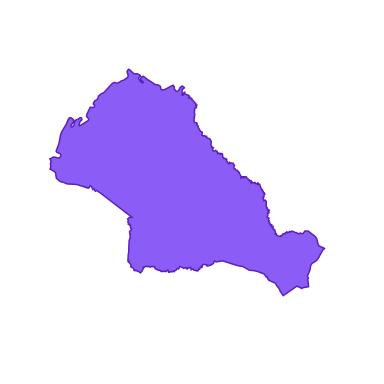 Phra Yuen, Khon Kaen, Thailand, rotated 202°
{"feature_id": "78962969B90027256555500", "entity_name": "Phra Yuen", "entity_type": "district", "adm_level": 2, "iso_a3": "THA", "parent_name": "Thailand", "parent_adm1": "Khon Kaen", "projection": "natural_earth1", "projection_center": [102.644, 16.31], "detail": "fine", "context": "isolated", "style": "filled", "palette": "violet", "viewbox_px": 384, "rotation_deg": 202, "n_neighbors": 0, "source": "geoboundaries", "source_scale": "gbopen_adm2", "svg_char_len": 6100}
<svg xmlns="http://www.w3.org/2000/svg" viewBox="0 0 384 384"><g transform="rotate(202 192 192)"><path d="M48.4,147.9L52.0,154.5L51.8,155.7L53.5,157.2L53.4,163.9L54.4,168.2L54.0,170.7L51.1,174.6L50.7,175.7L50.1,178.0L49.0,187.2L47.9,189.1L48.3,189.4L54.1,189.6L55.8,191.2L58.7,195.2L61.0,196.9L69.6,199.3L72.7,198.1L73.4,195.4L74.2,194.5L76.4,194.5L76.8,193.4L77.4,193.1L80.1,193.5L81.4,193.0L82.8,193.3L84.9,193.1L85.7,191.7L86.6,192.1L87.8,190.2L89.1,190.6L89.4,189.8L90.1,189.2L89.7,188.6L90.0,188.1L91.8,187.5L92.4,186.2L92.3,185.1L93.0,184.8L93.4,184.0L93.6,184.2L93.9,183.8L96.4,183.4L97.3,183.8L98.0,184.7L99.0,184.1L99.1,185.2L101.1,187.9L102.6,187.9L103.0,189.0L103.5,188.7L104.1,189.2L104.1,190.1L104.7,189.5L105.8,190.2L105.4,190.9L105.5,191.3L106.4,191.5L107.1,191.0L107.1,191.4L108.1,191.8L108.1,192.3L108.7,192.5L108.8,193.0L109.7,193.1L109.8,194.4L110.4,194.4L111.0,195.8L110.8,196.5L113.1,196.9L112.9,198.7L113.9,200.4L113.4,200.5L112.9,201.4L113.4,201.3L114.2,202.7L113.4,203.2L113.4,203.7L114.1,203.5L114.3,204.2L114.7,203.9L115.9,204.8L116.5,204.8L116.5,205.7L118.1,206.6L118.4,207.1L118.2,207.7L119.6,211.1L120.9,211.8L122.2,210.9L122.7,212.1L123.3,212.2L124.1,213.2L123.4,214.3L124.0,215.3L123.7,217.5L124.7,218.3L125.1,217.9L125.5,218.1L125.5,218.5L126.2,218.8L126.3,219.4L127.5,219.7L127.7,220.6L128.9,220.6L132.0,224.4L132.5,224.1L133.0,224.5L133.1,223.8L133.8,223.5L134.3,223.9L134.2,224.5L134.5,224.9L135.0,223.9L135.5,223.7L136.7,223.6L137.0,224.4L137.4,224.4L138.9,223.3L139.8,223.6L139.8,223.1L140.5,222.3L141.4,224.6L143.0,223.8L143.3,224.7L146.7,225.6L147.2,226.4L149.3,225.7L149.0,224.9L149.5,224.5L150.1,225.4L151.2,225.0L151.0,224.4L151.9,223.4L152.2,224.6L154.0,226.3L155.0,226.9L155.4,227.8L156.1,227.7L156.7,228.4L157.4,228.3L158.0,229.1L159.7,228.8L160.9,229.7L161.9,229.6L162.8,231.4L162.4,232.3L164.8,234.1L167.2,233.5L167.5,232.9L168.2,233.3L168.1,232.2L169.0,232.1L169.7,232.4L170.0,233.0L171.6,233.4L171.7,234.8L172.7,235.5L173.3,235.1L174.3,235.6L174.8,234.9L175.6,235.5L176.3,235.5L178.1,238.8L179.6,238.7L179.7,237.7L181.7,238.2L182.5,237.1L183.9,239.1L185.7,239.4L186.4,238.3L188.1,238.2L189.1,239.6L188.7,241.0L190.1,241.3L190.6,240.9L191.3,242.3L192.2,242.9L193.1,246.2L195.1,247.8L196.1,248.0L198.1,247.6L199.3,249.1L200.5,248.5L201.3,249.1L201.9,248.5L204.0,248.2L204.6,250.6L205.3,251.5L206.8,251.4L210.1,254.0L210.9,255.4L212.7,255.9L212.6,256.8L213.1,257.6L213.9,257.9L215.5,257.4L216.5,257.9L216.8,259.0L217.2,259.3L217.5,261.6L218.0,262.1L218.0,263.7L218.5,264.3L218.6,265.4L219.9,266.9L219.9,268.4L220.7,269.4L220.4,271.1L219.8,271.4L219.6,272.1L219.7,272.7L220.6,273.1L220.1,274.4L221.3,274.3L221.3,275.0L222.0,275.8L223.2,275.6L223.6,276.3L225.2,277.2L226.7,277.5L226.9,278.4L228.8,278.7L229.4,278.1L229.8,279.1L230.4,278.6L230.3,279.9L232.3,280.4L235.2,280.1L236.1,281.8L236.7,281.1L236.6,278.3L237.2,277.9L239.2,282.2L239.2,283.8L238.1,285.7L239.0,286.3L241.0,286.5L242.2,284.2L242.4,281.0L243.5,279.6L244.4,279.4L245.8,280.4L247.1,280.8L247.9,283.0L249.7,283.9L256.0,276.4L258.4,275.4L259.5,275.8L260.6,277.8L261.3,278.3L263.8,278.6L265.9,277.8L275.7,279.7L280.5,281.1L281.6,279.9L282.1,277.9L281.4,276.7L278.6,275.9L278.5,274.8L279.4,274.6L282.2,275.7L284.1,277.3L284.2,278.3L283.1,280.0L284.1,280.9L287.2,281.1L289.5,280.1L290.6,280.0L295.8,282.1L296.7,282.0L297.2,281.1L297.3,279.2L294.5,275.7L294.8,273.8L297.2,270.1L299.1,268.6L301.1,265.6L302.3,264.8L305.1,264.5L305.8,263.8L306.9,262.1L310.8,251.4L313.3,248.6L314.6,245.9L314.3,243.8L314.6,242.3L316.3,240.0L316.7,237.9L316.5,236.6L314.9,236.1L314.4,234.6L315.2,233.3L318.1,232.5L318.6,224.4L318.1,222.6L315.2,221.0L314.8,220.3L315.0,219.5L320.5,211.7L321.2,211.1L321.9,211.8L322.2,215.1L321.1,217.8L322.3,219.3L323.6,219.0L324.7,217.1L326.6,215.3L327.2,213.2L326.4,210.0L327.2,207.7L327.9,207.1L328.6,207.2L329.2,208.4L328.1,212.3L328.5,214.3L330.7,215.3L332.4,215.4L333.4,214.9L333.9,212.9L334.0,207.5L335.3,199.3L335.3,195.9L333.5,186.9L333.3,179.0L332.3,178.2L328.4,178.0L327.3,177.2L327.0,176.0L327.9,173.6L332.9,172.8L334.3,171.9L335.3,170.1L336.1,169.7L335.8,169.0L334.6,168.2L333.9,167.1L334.1,165.9L332.3,162.2L332.2,160.1L327.5,159.5L325.8,158.8L322.8,153.8L317.9,152.3L315.0,152.8L311.0,152.7L301.6,155.8L293.7,156.4L293.5,156.9L291.8,156.3L290.4,156.6L290.3,157.1L289.2,157.0L288.8,159.6L287.7,159.6L284.6,157.1L283.9,158.0L281.9,156.5L281.0,157.7L275.6,156.5L238.3,146.1L240.7,144.8L241.6,142.9L240.1,141.5L240.3,140.2L238.9,139.1L239.1,138.4L237.4,138.0L237.2,138.4L236.9,137.7L236.3,137.7L236.0,136.6L235.2,135.4L234.2,135.2L234.3,133.2L235.0,132.2L235.0,131.7L234.1,130.1L233.5,130.0L233.4,128.6L232.5,128.1L232.0,123.1L227.9,111.7L227.9,110.8L225.6,104.1L225.0,103.5L224.4,104.0L224.4,103.3L221.7,101.9L220.9,100.8L220.9,99.8L217.3,99.2L216.4,97.6L215.7,97.5L214.9,98.4L214.7,98.1L212.0,98.3L209.6,97.7L209.2,98.2L208.6,100.2L208.6,102.7L208.9,103.9L208.3,103.7L208.1,104.6L206.8,106.0L206.1,105.8L204.3,106.8L203.1,106.5L202.2,106.9L201.8,107.8L200.2,108.0L199.8,108.6L198.4,108.7L198.1,107.7L196.8,107.0L196.0,107.3L195.6,106.9L193.2,106.9L192.6,107.5L190.8,106.7L190.0,107.5L189.1,107.3L188.1,108.1L187.4,108.1L186.8,108.8L186.0,108.6L185.2,110.6L184.6,110.4L183.3,108.8L181.7,110.3L180.3,110.6L179.7,111.6L178.8,111.4L178.5,112.5L177.6,113.3L177.2,115.3L176.0,115.4L175.5,116.0L175.5,118.3L173.4,118.5L171.0,118.1L170.5,118.9L169.1,119.6L168.6,119.4L168.5,118.8L167.4,118.9L167.3,120.3L165.3,120.8L165.2,121.5L163.9,120.6L163.7,119.6L162.0,121.0L160.8,120.2L158.6,120.8L157.9,120.6L157.9,121.2L156.9,121.3L156.6,122.6L156.8,123.2L156.0,123.4L156.0,125.2L154.7,125.5L154.5,126.5L155.3,126.9L154.6,127.7L154.9,128.3L154.7,128.8L152.3,130.0L151.5,129.6L150.9,129.9L150.8,129.1L149.5,129.3L149.2,129.9L147.3,131.0L145.4,133.7L145.4,136.3L145.2,136.6L143.5,136.2L137.9,139.6L124.7,140.6L119.9,141.2L117.3,142.0L109.6,141.0L104.6,142.4L100.8,142.9L94.3,143.0L91.3,141.0L90.5,141.5L89.2,139.9L87.6,138.9L80.4,138.7L78.4,136.9L75.1,135.1L72.9,132.9L68.6,130.1L59.5,144.0L53.9,143.7L53.7,144.5L48.4,147.9Z" fill="#8b5cf6" stroke="#5b21b6" stroke-width="1.5"/></g></svg>